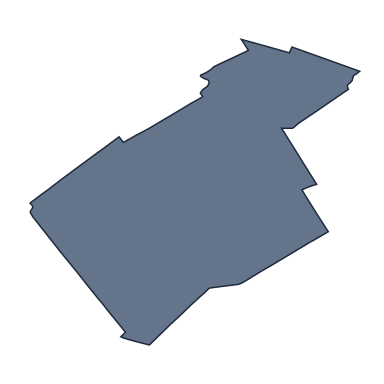 Petresti, Satu Mare, Romania, rotated 183°
{"feature_id": "2599482B2031241527565", "entity_name": "Petresti", "entity_type": "district", "adm_level": 2, "iso_a3": "ROU", "parent_name": "Romania", "parent_adm1": "Satu Mare", "projection": "equal_earth", "projection_center": [22.375, 47.595], "detail": "fine", "context": "isolated", "style": "filled", "palette": "slate", "viewbox_px": 384, "rotation_deg": 183, "n_neighbors": 0, "source": "geoboundaries", "source_scale": "gbopen_adm2", "svg_char_len": 3008}
<svg xmlns="http://www.w3.org/2000/svg" viewBox="0 0 384 384"><g transform="rotate(183 192 192)"><path d="M198.3,280.0L209.4,272.5L214.4,269.2L219.3,265.9L223.6,263.1L230.1,258.7L237.3,253.9L239.5,252.5L251.4,245.4L263.1,237.9L266.0,241.3L267.8,243.3L272.9,239.0L286.1,228.1L288.0,226.7L297.8,218.6L300.8,216.1L304.5,213.1L306.4,211.5L308.9,209.5L311.2,207.6L312.8,206.2L314.1,205.2L315.2,204.2L316.5,203.2L318.3,201.7L320.3,200.0L322.3,198.4L324.8,196.3L327.1,194.3L329.1,192.6L330.7,191.3L332.3,189.8L334.1,188.3L334.8,187.7L336.2,186.5L338.7,184.5L340.1,183.3L340.5,183.1L341.4,182.4L341.9,182.0L344.1,180.1L345.9,178.6L347.1,177.6L348.7,176.2L350.2,175.0L351.3,174.1L352.0,173.5L352.7,172.8L352.8,172.7L353.1,172.2L352.8,172.0L351.8,171.2L351.1,170.4L350.8,170.0L350.4,169.4L350.3,168.7L350.3,168.2L350.5,167.7L350.9,166.7L351.4,165.9L352.1,164.9L352.4,164.1L352.5,163.6L352.4,163.1L352.1,162.4L351.4,161.6L351.0,161.0L350.6,160.2L350.1,159.6L349.8,159.0L349.3,158.4L338.9,146.6L330.5,137.0L320.8,126.0L312.5,116.8L303.4,106.8L295.7,98.1L291.1,92.8L285.5,86.6L280.8,81.3L274.8,74.9L269.5,68.7L265.1,63.9L260.9,59.3L256.0,53.9L251.1,48.4L252.2,47.3L253.3,46.1L254.6,44.7L255.5,43.7L254.3,43.2L251.8,42.4L244.6,40.7L236.1,38.9L229.0,37.5L226.6,37.0L224.5,39.2L220.2,43.9L215.4,49.1L206.7,58.5L194.4,71.2L187.4,78.8L178.6,87.7L174.4,91.8L170.1,96.5L168.4,97.2L165.2,97.8L140.8,102.2L137.1,103.9L133.9,106.0L119.9,115.7L108.4,123.2L88.0,136.9L72.6,147.3L66.9,150.9L55.3,158.5L53.8,159.5L54.7,160.7L57.9,165.1L65.5,175.7L73.0,186.4L79.9,196.3L80.8,197.6L82.3,199.9L79.1,201.6L76.9,202.7L72.2,204.6L67.9,206.2L73.1,213.5L76.7,218.6L77.1,219.3L80.5,224.2L81.5,225.5L85.1,230.7L90.6,238.6L94.7,244.4L95.1,245.0L95.8,246.0L96.9,247.5L100.5,252.7L105.8,260.4L102.2,260.5L95.0,260.9L93.7,261.8L90.6,264.9L86.7,268.1L77.9,274.7L71.9,279.2L59.8,288.5L50.8,295.4L41.2,302.7L41.9,304.3L42.2,305.2L42.4,305.8L42.4,306.3L42.3,306.8L41.9,307.4L40.6,308.6L38.8,310.4L37.9,311.7L37.3,314.4L36.9,316.5L35.9,317.3L34.2,318.3L33.5,318.9L31.6,320.7L30.9,321.3L35.1,322.6L38.7,323.7L42.4,324.8L51.9,327.7L54.7,328.5L86.7,338.1L99.4,341.9L99.7,342.0L101.2,338.4L102.1,336.1L102.3,336.2L103.1,336.3L106.0,337.0L113.3,338.6L113.6,338.7L115.7,339.2L115.9,339.3L116.0,339.3L117.8,339.7L119.7,340.1L120.3,340.2L120.4,340.3L120.5,340.3L122.7,340.8L150.8,347.0L147.3,342.3L143.7,337.2L143.1,336.4L148.0,333.7L164.8,324.7L176.1,318.6L177.5,317.5L177.7,317.3L177.8,317.1L178.0,316.8L178.4,316.3L181.4,313.8L182.5,313.1L184.0,312.1L184.9,311.6L186.9,310.4L187.5,310.2L189.0,309.5L189.4,309.2L189.5,308.8L189.5,308.5L189.6,308.2L189.3,307.9L189.0,307.7L188.0,307.1L187.0,306.6L185.8,305.9L184.8,305.7L183.2,305.2L182.8,305.0L182.0,304.7L181.6,304.4L181.2,303.9L180.8,303.2L180.6,302.1L180.9,301.2L181.4,300.0L182.2,298.3L182.3,298.1L184.2,296.7L185.4,295.8L186.3,295.1L187.2,293.8L188.3,292.4L188.8,290.9L188.5,290.6L186.3,288.0L187.0,287.3L191.7,284.2L196.5,281.2L198.3,280.0Z" fill="#64748b" stroke="#1e293b" stroke-width="1.5"/></g></svg>